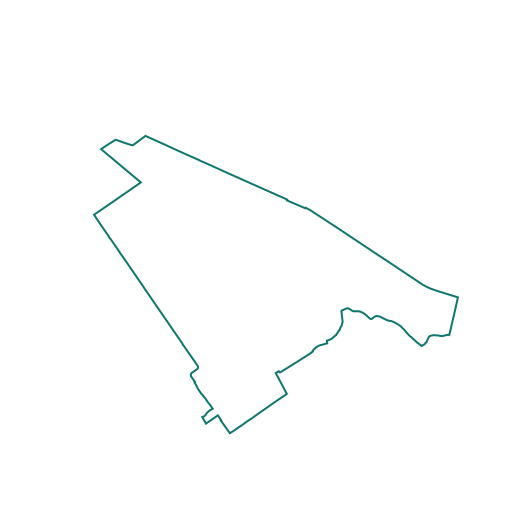 Valea Ciorii, Ialomita, Romania (orthographic projection), rotated 324°
{"feature_id": "2599482B71161543581050", "entity_name": "Valea Ciorii", "entity_type": "district", "adm_level": 2, "iso_a3": "ROU", "parent_name": "Romania", "parent_adm1": "Ialomita", "projection": "orthographic", "projection_center": [27.536, 44.736], "detail": "fine", "context": "isolated", "style": "outline", "palette": "teal", "viewbox_px": 512, "rotation_deg": 324, "n_neighbors": 0, "source": "geoboundaries", "source_scale": "gbopen_adm2", "svg_char_len": 3853}
<svg xmlns="http://www.w3.org/2000/svg" viewBox="0 0 512 512"><g transform="rotate(324 256 256)"><path d="M287.3,360.3L292.7,350.8L293.6,350.5L294.5,350.9L296.2,351.1L299.0,351.9L299.8,352.5L300.5,353.8L301.5,356.6L302.4,358.0L305.9,360.6L307.4,361.9L308.9,364.4L309.8,366.8L310.3,368.5L311.4,373.8L311.8,374.2L312.4,374.8L313.2,375.0L313.8,375.0L314.9,374.8L317.1,375.0L318.6,375.6L320.6,377.9L322.2,381.0L323.6,383.6L324.4,385.1L325.8,386.8L327.4,388.4L328.7,390.5L330.6,394.5L331.8,397.9L332.5,402.5L333.1,409.8L333.4,411.2L333.9,412.8L334.7,416.8L335.5,420.8L336.9,425.1L337.0,426.1L337.3,426.4L338.3,426.2L340.7,426.5L342.3,425.9L342.7,425.9L343.0,426.1L344.0,425.5L345.0,424.9L348.2,423.1L348.9,423.0L349.7,423.0L350.2,423.2L351.1,423.5L353.4,424.6L357.2,427.9L358.2,429.1L359.7,430.4L361.6,431.1L363.8,432.0L365.7,433.0L366.0,433.5L376.7,424.2L380.9,420.6L394.1,409.0L395.0,408.1L382.9,391.9L378.2,385.2L376.8,382.8L376.1,381.4L375.3,380.0L374.7,378.6L373.9,376.9L365.5,354.2L358.1,334.2L358.0,333.9L355.5,327.4L338.5,281.5L326.5,250.0L326.0,249.2L325.6,248.3L324.5,246.1L323.9,246.3L313.7,229.2L314.4,228.7L301.3,206.0L297.9,200.1L295.4,195.8L289.6,185.7L283.8,175.7L272.2,155.3L267.2,146.7L266.1,144.6L257.0,128.9L248.1,113.0L245.4,108.3L238.8,96.7L238.6,96.4L237.2,93.9L231.1,93.9L225.7,94.0L223.0,94.0L221.4,94.0L221.0,93.8L220.8,93.5L220.1,92.6L218.1,89.9L215.6,86.4L212.8,82.3L211.0,79.7L210.7,79.5L210.3,79.4L209.6,79.3L207.5,79.2L204.4,79.0L199.2,78.7L193.5,78.5L200.6,107.0L202.4,114.1L202.9,116.2L206.1,128.8L197.4,128.6L192.1,128.5L184.4,128.3L180.8,128.2L174.5,128.1L167.4,127.9L152.1,127.5L149.2,127.4L149.2,128.7L148.9,135.5L148.8,137.1L148.6,145.6L148.6,147.4L148.5,149.4L148.5,153.4L148.4,153.8L148.2,154.3L148.2,154.6L148.2,155.1L148.1,155.4L148.2,155.7L148.3,156.2L148.3,156.9L148.3,158.1L148.3,159.2L148.3,161.3L148.2,162.3L148.2,163.9L148.1,166.3L148.1,169.2L148.0,170.5L147.9,172.6L147.8,173.9L147.7,174.8L147.8,176.2L147.7,180.4L147.7,182.6L147.4,192.5L147.2,201.4L147.1,204.3L146.9,212.6L146.6,219.8L146.4,228.4L146.2,234.6L146.1,239.1L145.9,247.0L145.8,250.7L145.7,254.3L145.6,259.3L145.5,263.6L145.4,267.0L145.2,274.8L145.0,282.8L144.9,283.5L144.9,284.1L144.7,284.5L144.5,284.8L144.5,285.0L144.6,285.3L144.8,285.7L144.8,286.5L144.5,297.2L144.5,297.7L144.5,299.5L144.4,301.5L144.4,304.9L144.3,307.2L144.3,310.1L144.2,311.0L144.1,311.4L143.9,311.7L143.6,312.1L143.2,312.5L142.7,312.8L141.7,312.9L140.1,312.9L138.8,312.9L137.1,312.9L135.3,312.8L134.8,312.9L134.3,313.1L133.9,313.3L133.5,313.7L133.2,314.2L132.9,314.7L132.7,315.4L132.7,317.5L132.6,320.9L132.6,321.8L132.2,321.8L132.2,322.5L131.9,322.7L131.8,323.0L131.8,324.4L131.5,326.4L131.4,326.9L131.2,327.9L131.0,329.2L130.9,331.1L130.8,335.5L131.0,336.4L131.1,337.2L131.1,338.8L131.2,341.4L131.3,342.6L131.1,345.6L131.2,347.9L131.3,348.6L131.3,350.4L131.2,354.2L128.9,353.8L124.7,353.9L120.7,355.2L119.8,355.2L117.9,354.7L117.0,362.2L131.5,362.5L131.3,368.5L130.8,368.5L130.8,370.0L130.8,373.9L130.7,383.5L130.7,384.0L134.7,384.3L140.4,384.4L145.1,384.6L151.8,384.6L156.7,384.9L157.9,384.9L162.9,384.9L170.2,385.0L170.8,385.0L174.7,385.1L183.4,385.2L199.9,385.7L203.2,362.3L206.5,362.6L206.8,362.7L206.8,363.9L206.9,364.2L207.3,364.4L217.3,365.1L223.8,365.6L243.7,366.8L243.8,366.6L245.8,366.7L246.1,366.0L246.3,365.9L247.1,365.7L248.1,365.6L249.8,365.4L251.0,365.2L252.0,365.3L253.1,365.4L254.0,365.5L254.8,365.7L255.7,366.0L256.9,366.5L261.3,368.1L262.3,368.5L263.5,366.2L265.2,366.7L268.2,367.4L269.5,367.3L271.1,367.2L273.6,367.0L274.1,367.1L275.0,366.7L276.8,366.1L278.4,365.4L279.5,365.0L280.3,365.0L281.0,364.5L281.5,364.1L282.1,363.6L282.4,363.5L282.7,363.3L283.7,363.0L283.9,362.9L284.2,362.8L284.3,362.7L284.6,362.5L284.8,362.4L285.7,361.6L286.0,361.2L286.3,361.0L286.7,360.7L287.2,360.3L287.3,360.3Z" fill="none" stroke="#0f766e" stroke-width="2"/></g></svg>